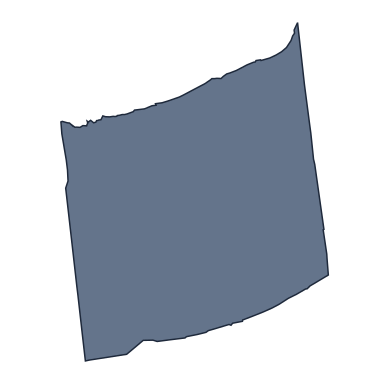 Kiang Central, Lower River, Gambia (Equal Earth projection), rotated 353°
{"feature_id": "56634734B95834842597723", "entity_name": "Kiang Central", "entity_type": "district", "adm_level": 2, "iso_a3": "GMB", "parent_name": "Gambia", "parent_adm1": "Lower River", "projection": "equal_earth", "projection_center": [-15.756, 13.406], "detail": "fine", "context": "isolated", "style": "filled", "palette": "slate", "viewbox_px": 384, "rotation_deg": 353, "n_neighbors": 0, "source": "geoboundaries", "source_scale": "gbopen_adm2", "svg_char_len": 1749}
<svg xmlns="http://www.w3.org/2000/svg" viewBox="0 0 384 384"><g transform="rotate(353 192 192)"><path d="M317.2,291.0L317.9,274.9L318.2,270.0L317.6,245.5L318.4,245.2L318.0,223.4L317.2,179.6L316.7,174.9L316.6,174.6L316.7,170.4L317.0,154.1L317.1,148.0L317.0,139.7L316.7,100.7L316.7,99.8L316.7,98.6L317.4,38.7L317.4,37.3L317.1,37.3L313.1,43.7L313.1,46.9L310.9,49.4L308.8,53.7L303.4,60.1L298.0,63.7L292.1,66.3L285.4,68.5L276.5,69.9L276.2,69.2L275.4,69.2L271.6,69.3L270.5,70.7L268.9,70.7L262.2,72.5L250.8,76.8L243.6,78.6L240.9,79.0L237.1,81.1L234.7,82.9L230.6,82.2L227.9,82.2L225.5,81.9L224.1,82.9L217.7,86.2L213.9,87.6L207.3,90.1L202.6,91.9L195.0,94.8L191.0,96.2L178.9,98.8L173.2,99.8L166.5,99.9L166.9,101.5L166.7,101.5L162.9,101.5L154.9,103.7L154.4,103.7L148.7,103.7L144.9,103.7L143.5,105.1L137.1,106.6L134.6,106.9L132.2,106.6L129.5,107.0L127.1,107.0L126.5,107.7L125.7,107.7L124.7,107.7L123.0,107.3L119.3,107.4L115.2,106.7L112.8,105.6L110.4,109.2L108.2,109.2L107.4,109.5L106.0,109.5L105.0,111.0L102.8,111.3L100.1,108.5L97.7,109.9L96.6,108.9L96.9,111.0L96.1,112.1L95.5,113.5L91.8,112.8L88.8,114.2L85.0,113.5L83.7,113.5L81.2,111.1L81.2,111.4L78.8,108.6L76.9,108.2L71.8,106.1L70.4,106.5L70.4,107.2L69.9,118.4L71.1,145.0L71.1,155.0L70.3,166.0L67.1,172.8L66.6,230.0L66.2,271.2L66.2,280.6L65.8,319.9L65.6,345.1L65.6,346.7L69.7,346.3L107.4,345.1L108.0,344.7L125.5,333.3L135.2,334.3L139.2,336.1L151.9,336.0L167.3,336.0L168.9,334.9L174.2,334.5L179.7,334.1L185.6,333.4L188.8,333.0L191.3,331.6L196.9,330.7L212.6,328.0L214.5,329.0L216.3,327.2L226.3,326.5L226.7,325.2L236.0,322.9L248.2,319.7L257.6,316.8L265.1,313.9L274.6,309.3L280.8,307.1L282.9,306.4L292.9,302.1L294.5,302.1L297.7,299.6L317.2,291.0Z" fill="#64748b" stroke="#1e293b" stroke-width="1.5"/></g></svg>